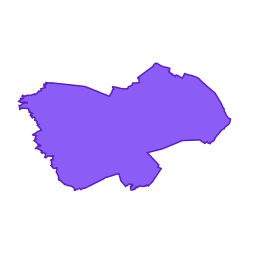 the district of Meierijstad, Noord-Brabant, Netherlands, rotated 348°
{"feature_id": "6326949B86116845039505", "entity_name": "Meierijstad", "entity_type": "district", "adm_level": 2, "iso_a3": "NLD", "parent_name": "Netherlands", "parent_adm1": "Noord-Brabant", "projection": "natural_earth1", "projection_center": [5.498, 51.588], "detail": "fine", "context": "isolated", "style": "filled", "palette": "violet", "viewbox_px": 256, "rotation_deg": 348, "n_neighbors": 0, "source": "geoboundaries", "source_scale": "gbopen_adm2", "svg_char_len": 5405}
<svg xmlns="http://www.w3.org/2000/svg" viewBox="0 0 256 256"><g transform="rotate(348 128 128)"><path d="M63.1,178.0L65.3,177.4L67.3,177.1L68.0,177.0L69.2,178.5L70.5,178.0L71.4,177.5L72.1,177.8L73.4,177.9L93.8,172.6L95.1,171.9L95.5,171.8L99.2,171.6L106.1,170.9L109.0,170.7L109.4,171.2L109.5,171.1L109.7,172.1L109.7,172.6L109.6,173.3L109.9,174.7L110.0,177.2L110.2,178.5L110.3,178.6L111.5,180.8L113.5,184.6L113.8,184.2L114.0,184.1L114.5,184.1L115.6,184.2L116.9,182.9L119.6,183.9L119.2,184.3L119.3,184.5L119.5,184.5L120.0,184.0L120.2,184.4L120.8,184.8L120.8,185.0L120.4,185.5L119.0,185.9L118.2,185.8L118.1,186.1L118.3,186.6L118.3,187.0L118.0,188.1L118.2,188.8L118.4,189.0L118.2,189.4L120.3,189.5L122.1,189.2L122.0,188.8L122.4,188.7L122.9,188.5L122.8,187.9L124.1,187.2L124.5,188.2L126.1,187.7L127.5,186.8L128.0,187.4L128.6,187.7L131.7,188.6L133.3,188.1L133.6,188.5L134.3,187.6L136.1,189.0L137.0,188.0L140.2,186.1L145.7,180.8L152.1,174.5L148.9,172.4L150.5,170.8L141.8,156.1L156.4,155.6L159.8,155.1L178.5,151.6L195.6,154.5L197.5,156.6L199.2,158.0L198.9,158.0L199.8,159.0L202.7,157.9L203.0,158.9L203.2,159.3L203.3,159.3L203.4,159.6L204.5,159.3L204.7,159.6L204.8,159.6L205.1,160.3L205.5,159.9L206.0,159.7L206.1,159.4L206.4,159.2L206.5,159.1L207.0,159.0L208.0,158.6L209.2,158.4L209.9,157.6L210.3,157.3L210.2,157.1L210.3,156.7L210.5,156.6L210.8,156.2L211.2,156.0L211.4,155.5L211.6,155.4L211.8,155.1L212.2,155.0L212.3,154.8L212.6,154.5L213.2,154.3L213.5,153.7L214.4,153.2L214.5,153.0L214.6,152.9L214.9,152.9L215.3,152.7L215.9,152.0L216.5,151.8L216.7,151.4L217.7,150.8L218.3,150.1L219.0,149.8L219.6,149.3L220.4,149.1L220.7,148.9L221.0,148.8L221.9,148.8L222.8,147.7L223.1,147.3L226.3,145.8L227.8,144.8L228.1,144.5L229.0,143.1L230.0,141.1L230.1,140.7L230.0,140.4L229.8,140.2L228.7,139.5L228.3,139.1L227.3,137.2L226.7,135.8L226.4,133.6L225.7,131.4L225.9,129.2L225.8,128.8L225.0,127.3L225.1,127.1L224.9,126.6L224.3,123.3L220.3,111.8L213.7,103.3L211.4,99.9L211.1,99.9L210.4,98.8L210.3,98.4L210.1,98.1L209.5,97.4L209.2,97.1L207.7,94.6L206.7,93.4L206.2,93.0L203.3,91.3L201.2,89.8L199.2,89.1L197.0,88.0L195.0,86.5L194.3,87.0L193.6,88.2L191.2,90.5L188.8,88.1L188.7,88.0L186.1,86.2L184.9,87.3L184.6,86.5L182.1,85.0L182.6,84.4L180.2,82.6L180.6,82.1L179.5,81.3L180.7,79.9L180.9,79.5L181.3,78.4L178.6,76.9L178.2,76.8L178.1,76.5L177.5,76.4L175.9,75.8L175.1,75.4L174.5,74.8L172.3,73.2L171.4,72.2L170.2,71.1L169.3,70.6L168.6,70.5L168.4,70.4L166.7,71.3L164.9,73.2L164.2,73.4L149.5,80.1L148.3,80.6L148.2,80.6L148.2,80.8L148.0,81.6L149.0,81.7L148.3,85.9L148.0,86.0L144.7,85.5L142.2,85.0L141.9,85.1L140.4,87.3L137.1,87.6L136.7,88.2L135.6,89.6L134.6,89.2L131.9,88.8L130.2,88.3L128.8,87.6L125.9,86.2L124.1,85.4L121.6,84.4L121.4,84.7L121.4,84.9L121.6,85.9L121.7,86.1L122.2,87.0L120.7,87.5L120.4,88.2L120.1,89.0L118.5,90.8L116.2,93.0L111.3,89.7L111.0,89.6L108.6,87.9L107.3,87.1L106.1,86.2L102.9,84.0L102.2,83.6L101.8,83.5L101.6,83.2L99.4,81.6L97.3,80.3L96.9,80.1L95.8,79.2L95.1,78.8L93.2,78.0L62.8,68.0L62.6,68.4L62.0,68.0L61.9,68.0L57.2,66.5L57.2,66.9L57.5,68.0L54.9,67.6L54.7,68.1L56.3,68.3L55.7,68.9L55.7,69.2L54.6,69.2L54.5,70.0L54.6,70.4L54.9,70.5L55.7,70.8L55.5,71.4L54.5,71.3L50.9,71.5L50.9,73.2L48.3,73.8L48.2,73.5L47.8,73.8L46.7,74.8L43.9,76.0L43.5,75.2L42.8,75.4L41.1,75.6L39.9,75.7L39.2,75.7L36.5,75.2L36.3,75.0L36.1,74.9L35.4,75.4L33.0,75.1L32.4,75.0L31.8,74.1L31.3,74.6L31.0,74.8L32.3,75.6L31.7,75.8L32.0,76.4L31.8,76.5L32.1,77.1L30.4,77.6L29.7,76.6L29.1,76.8L29.6,77.8L28.7,78.1L26.6,79.1L27.5,80.0L28.8,80.8L29.6,81.0L30.9,81.3L32.0,80.9L32.5,81.6L34.7,82.1L34.6,82.5L33.5,82.2L31.5,82.1L29.9,82.3L28.5,83.1L27.4,83.6L27.0,83.6L26.2,83.4L26.4,86.0L26.2,86.7L25.9,86.9L26.0,87.3L26.4,87.1L27.5,86.8L28.8,86.6L32.3,87.6L34.7,88.5L34.7,89.6L34.7,91.4L35.3,91.5L34.9,91.9L34.8,92.1L37.1,93.3L37.7,93.9L37.3,94.1L35.6,94.2L35.1,95.4L36.6,95.8L36.6,96.0L35.6,96.1L36.6,98.3L37.7,98.0L38.8,97.9L39.0,99.3L38.4,101.1L40.3,102.4L39.9,104.3L40.2,105.1L41.3,106.1L40.0,106.7L40.4,107.1L43.0,112.1L41.5,112.4L39.8,112.5L39.2,112.6L38.3,112.9L36.4,113.9L32.8,114.8L33.0,114.8L36.8,116.7L35.6,117.8L34.6,119.8L34.6,120.0L35.2,120.1L34.0,120.6L33.4,120.9L35.6,123.2L36.8,126.1L37.3,125.8L37.4,125.5L37.5,125.5L37.7,126.1L39.2,126.9L39.0,127.4L38.8,127.4L37.1,127.5L36.1,127.0L34.5,127.9L33.4,128.8L34.3,129.0L35.2,129.5L35.7,129.8L36.4,130.2L36.6,130.4L38.0,131.7L39.3,132.6L38.9,133.3L38.0,133.5L38.8,135.0L39.3,135.0L39.0,134.9L38.9,134.8L38.9,134.5L39.1,134.3L39.4,134.2L39.8,134.3L40.1,134.5L41.4,135.6L41.6,135.7L42.1,135.7L42.1,135.8L42.1,136.0L41.7,136.7L41.4,138.0L41.0,138.5L40.6,139.2L40.5,139.4L40.6,139.5L41.1,139.7L41.4,139.9L41.5,140.0L42.8,139.4L43.2,139.2L43.5,138.9L44.0,138.9L44.9,139.0L45.4,139.2L46.9,139.8L47.4,139.7L48.2,139.4L49.4,139.6L49.4,139.8L48.8,140.4L48.1,141.4L48.4,143.2L48.4,143.4L47.6,143.1L47.4,143.3L46.5,142.8L46.2,142.9L46.1,143.2L46.0,143.7L45.9,143.7L46.1,144.0L46.2,144.8L46.1,145.1L46.2,145.7L46.4,145.8L45.7,147.0L46.3,148.5L45.9,148.6L45.5,148.5L45.1,148.7L45.3,148.8L45.8,150.5L46.0,151.1L46.7,151.9L47.8,152.3L50.4,152.2L48.7,156.1L49.7,159.2L49.9,161.0L49.9,161.8L49.8,163.1L49.5,163.1L49.7,164.8L50.5,164.7L54.5,170.3L55.3,169.9L56.3,171.1L56.7,171.5L57.1,171.9L57.3,171.9L58.1,172.0L58.4,172.0L59.4,172.7L60.8,173.4L61.2,173.7L62.0,174.5L62.5,175.2L62.7,176.1L62.7,176.3L62.8,176.4L62.8,176.5L63.2,177.5L62.8,177.7L63.1,178.0Z" fill="#8b5cf6" stroke="#5b21b6" stroke-width="1.5"/></g></svg>